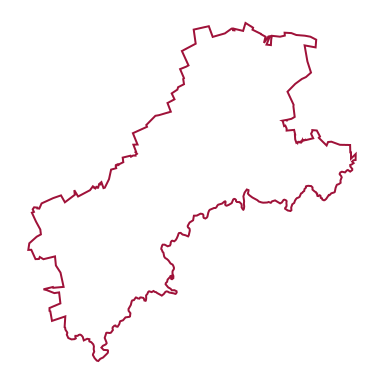 outline of Dr Kenneth Kaunda, North West, South Africa
{"feature_id": "47623444B93741575558004", "entity_name": "Dr Kenneth Kaunda", "entity_type": "district", "adm_level": 2, "iso_a3": "ZAF", "parent_name": "South Africa", "parent_adm1": "North West", "projection": "natural_earth1", "projection_center": [26.683, -26.884], "detail": "fine", "context": "isolated", "style": "outline", "palette": "rose", "viewbox_px": 384, "rotation_deg": 0, "n_neighbors": 0, "source": "geoboundaries", "source_scale": "gbopen_adm2", "svg_char_len": 5991}
<svg xmlns="http://www.w3.org/2000/svg" viewBox="0 0 384 384"><path d="M224.9,33.4L212.7,36.9L208.8,26.2L193.7,29.6L195.7,43.7L181.9,51.0L188.5,65.4L186.1,66.7L180.1,69.1L184.0,78.2L183.2,79.0L184.0,84.2L178.1,87.2L177.4,89.6L171.7,93.4L174.5,99.3L167.5,103.0L170.8,111.7L158.8,115.2L155.4,115.8L146.3,125.0L147.0,126.8L132.9,133.2L137.5,144.5L133.4,144.7L136.1,151.8L135.5,152.2L137.0,153.8L135.0,155.4L135.1,155.6L133.2,155.5L131.0,156.7L130.5,155.7L122.7,157.6L123.3,162.2L118.4,164.6L118.8,165.8L117.9,164.2L116.1,165.0L116.4,165.7L115.7,166.1L116.2,168.2L111.1,169.6L109.0,179.2L104.8,187.7L103.5,188.1L101.4,182.1L100.2,183.1L100.2,184.4L99.1,184.2L98.2,187.5L97.0,187.0L96.9,187.5L96.2,187.1L95.3,188.5L94.0,187.7L94.3,187.3L92.9,186.3L90.0,190.2L78.1,196.5L74.3,190.2L74.8,194.8L64.9,202.3L61.0,195.4L53.2,198.1L41.6,203.4L39.3,208.6L37.3,208.4L37.3,207.6L34.1,207.3L32.7,209.3L33.9,211.9L31.9,212.7L36.0,221.6L40.3,229.5L40.9,234.4L36.7,236.7L29.3,243.3L28.3,249.9L31.3,249.8L35.5,259.1L38.9,259.0L39.8,257.0L43.4,259.2L55.0,256.4L55.9,265.5L60.5,272.6L63.6,286.9L53.2,287.8L52.9,287.0L43.5,289.3L46.7,290.1L54.3,293.1L59.1,292.4L60.4,303.4L49.5,308.0L49.5,310.9L50.3,311.3L52.0,320.9L65.3,316.4L64.6,327.2L65.1,327.5L65.4,329.6L67.2,332.4L67.3,333.0L66.8,334.7L68.3,338.0L71.5,339.4L74.6,339.1L75.8,338.4L75.3,336.8L75.4,335.9L77.6,335.9L78.6,335.0L80.0,334.6L81.3,335.2L82.7,336.8L83.8,340.4L87.2,338.8L89.4,339.2L89.2,340.9L89.5,341.5L91.3,342.2L93.3,344.4L93.9,346.4L93.7,349.2L94.2,351.7L93.0,354.2L92.9,355.0L94.6,358.1L96.8,360.6L98.3,361.0L100.3,358.8L103.1,357.5L107.6,353.1L107.9,352.4L108.0,350.7L107.7,350.2L103.6,349.9L101.4,347.6L102.9,345.8L105.6,344.5L106.6,343.4L106.5,342.4L104.7,337.9L106.3,332.9L106.9,332.7L109.9,333.0L111.0,332.6L112.9,330.0L112.5,328.4L112.7,327.3L114.4,325.7L115.5,325.5L116.2,326.5L117.6,326.7L119.2,324.3L120.0,321.6L120.3,321.2L123.0,320.3L125.5,317.4L129.5,316.8L130.0,316.4L130.4,313.2L128.6,310.8L128.5,309.0L130.8,305.0L131.7,301.3L132.3,300.4L133.9,300.1L135.8,297.5L136.6,297.6L137.7,298.4L139.4,298.6L140.2,297.5L140.9,297.4L143.3,297.9L143.9,298.7L144.4,300.5L145.6,300.8L146.0,300.0L146.2,298.2L146.1,295.4L147.4,293.9L148.1,292.1L149.1,291.3L151.7,292.1L153.5,291.0L154.8,291.9L156.1,292.2L157.1,293.0L161.8,295.6L163.8,294.0L165.4,291.9L166.5,291.4L167.7,291.6L169.2,292.5L174.0,293.4L175.3,293.9L176.1,293.5L176.7,292.3L176.5,291.2L174.4,290.2L171.9,290.3L170.5,288.7L168.2,287.4L165.6,284.3L165.8,283.1L167.1,281.8L167.6,279.6L170.1,276.9L170.4,276.1L171.4,275.7L171.9,276.2L171.9,277.1L171.0,278.2L171.3,279.0L172.0,279.2L173.3,278.2L173.4,276.1L172.5,273.7L172.5,271.7L172.6,271.1L173.8,269.2L174.0,268.0L173.5,266.3L172.6,264.6L170.6,263.5L168.5,260.5L167.0,259.1L165.2,258.0L164.2,256.6L163.4,252.6L162.5,251.7L162.0,250.1L161.3,249.2L161.3,248.3L162.2,245.4L162.7,244.7L164.7,244.7L167.7,246.3L170.0,245.5L170.5,244.4L170.8,242.2L171.7,240.9L172.3,240.7L174.2,241.3L175.6,240.2L176.7,238.5L178.0,235.5L178.4,234.0L179.1,233.0L180.7,232.9L182.5,234.5L185.6,235.3L188.1,236.4L188.7,235.5L189.8,230.7L189.6,228.9L189.1,228.2L188.1,227.5L187.7,226.5L187.8,225.7L189.6,222.5L193.1,220.3L193.9,215.7L196.8,215.6L200.5,213.7L202.1,213.9L202.8,214.2L203.4,215.1L203.4,217.0L203.8,217.9L205.4,218.5L206.7,217.7L207.4,216.7L208.3,212.6L209.1,210.6L209.8,209.8L214.0,208.0L215.4,208.0L216.3,207.4L217.4,205.5L218.2,204.7L222.0,203.6L224.5,201.5L225.3,201.4L225.6,201.9L225.2,204.5L225.6,205.3L226.7,205.7L228.7,204.9L231.7,203.1L233.2,199.5L234.1,198.9L234.9,199.0L235.9,199.8L236.0,201.1L236.9,202.0L239.5,202.1L241.4,204.0L241.7,205.5L241.6,207.3L242.9,209.5L243.4,209.7L243.9,208.8L244.2,206.5L243.9,203.7L244.1,201.2L243.4,196.3L244.6,192.6L246.8,189.5L248.5,190.1L248.5,190.8L247.9,193.6L249.3,195.2L252.4,197.5L257.4,200.2L258.8,201.5L261.2,202.3L263.1,202.7L267.2,202.5L268.6,202.0L270.8,202.8L272.1,201.3L275.1,200.4L280.1,203.4L281.8,202.5L283.6,199.9L284.5,199.7L285.5,200.1L286.3,200.6L286.6,201.2L286.4,203.2L286.6,205.1L286.4,206.6L285.3,207.7L285.1,208.7L287.8,210.5L290.5,211.0L291.4,210.2L291.2,207.5L292.3,204.3L294.2,202.9L295.0,200.6L296.2,198.8L297.1,198.0L298.4,197.6L299.6,196.8L301.0,193.5L302.3,192.8L302.9,191.9L304.2,191.0L304.5,189.1L305.8,187.8L306.0,187.3L305.9,186.5L306.2,186.2L308.2,185.8L311.2,186.1L312.5,187.4L312.5,189.6L314.9,191.7L315.8,192.0L316.5,193.4L317.1,193.5L317.0,194.3L317.5,196.0L318.4,196.1L319.1,195.3L319.7,195.2L320.5,195.9L320.8,197.9L322.0,198.3L322.3,199.5L323.5,200.2L324.6,200.2L326.2,198.9L328.8,195.0L329.5,195.2L331.3,193.3L334.0,192.5L334.8,191.9L335.6,187.9L336.7,185.1L337.2,184.6L338.7,184.2L340.6,182.8L340.5,180.4L341.7,177.3L341.2,176.1L339.7,174.3L339.7,173.7L340.3,172.5L341.9,171.7L345.0,172.4L346.9,170.4L347.9,170.0L350.2,171.6L352.2,170.1L352.3,169.0L350.3,166.4L350.2,165.0L351.8,164.4L353.6,163.1L352.1,161.6L353.4,160.3L355.6,160.0L355.7,154.0L351.0,158.6L351.0,152.3L350.3,152.3L350.1,145.0L339.9,144.8L331.4,141.7L328.1,142.0L326.6,145.5L318.8,137.8L320.0,136.5L316.8,130.5L312.3,130.1L312.3,131.3L311.1,133.8L313.2,138.3L305.8,140.1L305.4,139.7L304.8,140.1L303.6,139.9L303.3,140.1L303.5,140.6L302.6,140.8L302.5,140.5L302.4,140.9L302.1,140.8L302.1,141.4L301.5,142.1L301.3,141.7L300.7,142.2L300.5,141.7L299.6,142.3L298.9,141.8L297.9,142.6L297.6,142.4L297.5,142.8L297.3,142.5L296.4,142.9L295.2,139.4L294.9,134.8L295.2,134.7L294.1,129.9L286.6,130.6L286.6,128.4L285.3,125.6L284.1,126.1L282.7,120.9L282.3,120.7L286.0,120.0L287.6,121.0L286.7,119.9L291.5,118.8L294.7,116.9L293.4,106.3L293.6,104.8L287.5,91.7L295.3,83.8L301.8,79.0L305.9,77.1L311.0,72.6L307.4,61.4L304.6,45.4L315.6,47.4L316.2,39.7L310.4,36.7L304.8,35.7L296.3,35.0L291.4,33.1L284.6,32.7L284.8,35.6L282.7,36.1L280.0,36.7L271.9,35.8L271.2,39.4L270.9,45.1L266.5,44.6L270.0,36.2L268.4,36.5L264.0,42.9L265.5,36.7L261.0,34.2L261.0,33.9L252.5,29.7L253.1,27.7L245.5,23.0L243.1,30.9L234.7,28.9L234.5,30.4L233.0,30.2L232.8,28.5L231.6,28.6L224.9,33.4Z" fill="none" stroke="#9f1239" stroke-width="2"/></svg>